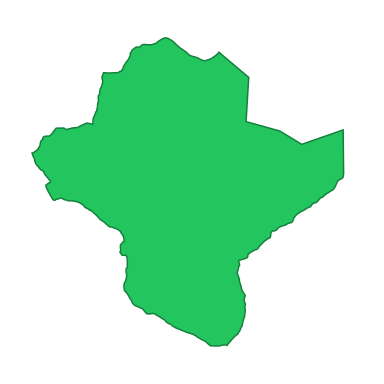 outline of Samtse, Samchi, Bhutan, rotated 175°
{"feature_id": "84629894B59986753144737", "entity_name": "Samtse", "entity_type": "district", "adm_level": 2, "iso_a3": "BTN", "parent_name": "Bhutan", "parent_adm1": "Samchi", "projection": "mercator", "projection_center": [89.139, 26.92], "detail": "fine", "context": "isolated", "style": "filled", "palette": "green", "viewbox_px": 384, "rotation_deg": 175, "n_neighbors": 0, "source": "geoboundaries", "source_scale": "gbopen_adm2", "svg_char_len": 5314}
<svg xmlns="http://www.w3.org/2000/svg" viewBox="0 0 384 384"><g transform="rotate(175 192 192)"><path d="M39.0,201.5L36.0,240.7L78.5,229.9L99.2,245.1L132.0,257.4L125.5,301.2L153.0,328.9L153.5,328.1L154.8,327.2L156.0,326.2L158.1,325.0L159.9,323.9L162.3,322.8L164.8,322.3L166.7,321.7L168.4,321.7L169.8,322.1L171.4,323.0L173.0,324.0L174.9,325.3L176.6,326.0L179.7,327.1L182.7,328.5L183.2,329.1L184.8,331.0L185.3,331.6L187.6,333.6L190.8,336.1L194.2,339.6L196.2,341.9L197.9,343.8L199.9,345.4L202.3,347.0L204.1,347.7L205.9,347.9L208.0,347.2L210.5,346.0L212.8,344.8L214.7,343.2L216.3,343.1L219.2,342.2L221.6,342.4L224.8,342.8L226.6,343.2L228.1,343.1L229.7,342.4L230.8,341.5L232.1,340.5L233.9,341.3L236.0,340.8L237.8,339.4L239.0,339.0L239.6,337.9L240.1,337.1L241.5,335.6L241.4,334.1L241.9,332.8L242.9,331.2L243.7,329.8L245.2,328.1L246.3,327.0L247.8,324.8L248.7,324.0L249.4,322.7L249.9,321.4L250.4,320.3L251.7,319.1L252.2,318.5L253.5,318.3L255.2,317.3L256.3,317.5L257.3,317.5L265.0,317.8L269.8,318.6L270.1,317.3L270.9,315.9L271.4,315.2L271.7,313.2L271.2,310.6L271.6,308.3L272.2,306.8L273.4,304.1L274.0,303.5L274.6,302.0L275.2,300.0L275.5,297.7L277.0,295.9L277.1,295.1L277.2,294.0L277.3,292.4L277.2,291.3L277.6,289.8L278.1,288.8L278.6,286.7L278.6,285.7L279.1,283.8L279.6,282.4L279.8,281.3L280.2,280.5L280.9,280.2L281.2,279.2L281.8,277.7L282.2,277.0L282.8,276.0L283.6,274.8L284.0,273.8L285.0,268.0L286.8,268.7L288.6,269.3L290.0,269.6L291.0,269.8L292.7,269.2L294.3,268.7L295.5,268.3L296.9,267.8L299.4,266.7L300.7,266.1L302.4,266.2L303.7,266.3L306.1,266.1L308.6,265.7L311.9,265.2L313.1,266.0L314.1,266.9L315.6,267.0L317.3,267.1L319.0,267.3L320.3,267.4L322.1,267.2L323.2,265.9L324.1,264.9L325.4,263.6L326.6,262.1L327.2,261.5L329.3,260.1L330.9,260.3L332.0,260.3L333.9,260.3L335.7,259.4L336.4,257.3L338.1,255.9L338.5,254.9L338.9,253.6L339.3,251.9L339.8,250.9L341.4,248.6L342.5,247.5L343.8,246.6L345.8,245.5L346.4,245.1L348.0,244.7L347.5,243.3L347.1,241.2L346.2,239.4L345.9,237.3L345.8,236.0L345.1,233.7L344.3,232.3L342.9,230.6L342.3,229.5L340.6,227.2L339.1,226.4L337.9,225.3L337.7,223.8L336.3,221.1L334.9,219.4L334.0,217.8L333.0,216.4L332.1,215.3L332.2,214.1L334.4,213.3L336.0,212.1L336.9,211.6L337.1,210.7L336.6,209.3L336.4,208.2L336.2,207.4L335.6,206.6L335.3,205.1L335.0,204.4L334.4,203.3L333.9,202.4L333.5,201.1L332.7,199.9L332.1,198.5L331.5,196.9L330.9,196.3L329.7,195.6L327.7,196.5L325.2,196.9L323.3,197.5L322.0,196.9L319.8,195.5L317.6,194.8L315.9,194.0L313.8,193.8L311.4,193.5L308.5,192.7L305.2,191.3L303.1,189.8L301.1,188.0L299.8,185.8L297.6,184.7L295.3,182.6L293.8,182.1L291.1,179.1L289.0,176.9L285.9,172.6L284.5,171.5L281.9,169.4L279.9,167.2L277.4,164.6L275.2,164.1L269.4,161.3L266.5,158.8L266.2,157.3L265.2,155.8L264.4,154.2L263.9,151.4L263.8,148.9L265.2,148.3L266.2,147.2L267.9,145.5L268.2,143.4L268.1,140.7L268.3,139.4L269.0,138.6L268.7,137.5L268.1,137.0L267.8,136.3L267.6,135.5L266.5,135.1L265.4,134.9L264.0,134.7L263.2,134.4L262.7,133.4L262.4,132.2L262.3,131.3L262.4,130.5L262.6,127.5L262.8,124.3L263.2,122.4L264.1,121.6L264.5,119.7L264.7,118.1L264.3,115.8L264.5,113.8L265.0,111.5L265.7,110.2L266.2,108.5L267.2,107.5L267.6,106.1L268.1,104.2L268.1,103.0L267.9,101.0L267.8,99.5L267.0,98.6L266.0,97.4L265.3,96.2L264.0,93.8L263.4,91.9L262.6,90.6L261.7,89.1L261.3,87.1L260.3,85.5L258.7,83.8L255.8,82.4L253.5,81.0L251.5,80.1L250.0,77.8L248.6,75.8L247.6,74.7L245.2,74.2L241.0,74.4L239.0,73.3L238.4,72.7L235.4,70.7L233.7,69.4L231.8,67.8L230.2,66.8L229.1,65.0L227.0,63.1L224.5,61.9L223.1,60.3L220.9,58.7L219.2,57.5L216.3,56.3L214.7,55.2L212.1,54.1L209.8,52.8L208.4,52.2L205.9,51.3L203.2,50.0L200.1,47.9L199.3,46.9L197.3,45.7L194.9,43.9L192.3,42.5L191.0,41.4L189.9,40.0L188.2,38.3L187.2,37.3L185.0,37.0L183.0,36.6L180.7,36.5L178.4,36.2L175.9,36.7L173.9,37.0L171.9,36.7L170.5,36.1L169.9,36.8L169.3,37.6L166.3,40.4L165.5,41.3L163.5,43.1L161.7,44.6L160.3,45.6L158.6,46.7L158.1,47.7L156.4,49.7L155.4,51.7L155.0,52.9L153.9,53.9L152.9,57.3L152.3,59.1L151.3,61.8L150.6,63.1L150.0,66.0L149.3,68.7L149.2,70.0L149.2,71.4L149.6,72.1L149.5,72.8L149.2,73.6L148.6,75.2L148.6,76.2L149.0,77.0L149.2,77.9L149.4,79.9L149.5,80.7L148.7,82.6L148.3,83.3L148.0,84.2L148.5,85.6L149.4,86.8L150.2,88.4L150.8,90.0L151.2,92.3L151.3,93.5L151.8,95.9L152.5,98.8L152.4,101.0L153.0,103.5L153.5,105.2L153.9,106.5L153.9,107.9L153.4,109.3L152.7,111.1L152.5,112.0L152.1,113.0L151.8,113.8L151.0,114.8L151.1,117.1L151.6,118.7L151.5,119.6L148.7,120.3L146.3,120.7L144.9,121.1L142.6,121.8L142.0,123.1L141.8,124.6L140.3,125.9L137.9,127.2L136.3,127.9L134.5,128.8L132.8,129.1L131.5,129.6L130.6,130.8L129.3,132.3L127.2,134.1L126.1,135.0L125.0,136.1L123.1,137.3L121.4,138.2L120.9,138.7L119.4,139.2L118.1,139.7L117.6,140.9L117.2,143.2L116.9,144.6L115.7,145.7L115.0,146.3L113.6,146.0L112.6,146.2L111.0,146.9L110.0,147.7L109.3,149.0L107.9,149.4L107.0,149.8L105.7,150.1L103.0,150.7L100.9,151.2L100.0,151.9L98.2,152.5L96.7,152.7L95.3,152.9L94.2,154.1L93.4,155.7L93.0,157.1L91.7,158.4L90.0,160.2L88.5,161.2L87.2,161.8L85.2,163.0L83.0,163.7L82.2,164.0L79.0,165.8L76.5,166.8L75.1,166.9L74.3,168.5L72.1,170.1L68.9,170.8L66.3,173.1L65.4,174.1L64.0,175.1L62.2,175.5L61.5,176.3L60.4,177.0L57.8,178.8L56.3,179.4L54.3,180.5L51.0,182.2L49.4,184.0L48.1,186.2L46.3,189.8L43.6,191.7L41.7,192.2L40.4,193.2L39.4,196.6L39.0,201.5Z" fill="#22c55e" stroke="#15803d" stroke-width="1.5"/></g></svg>